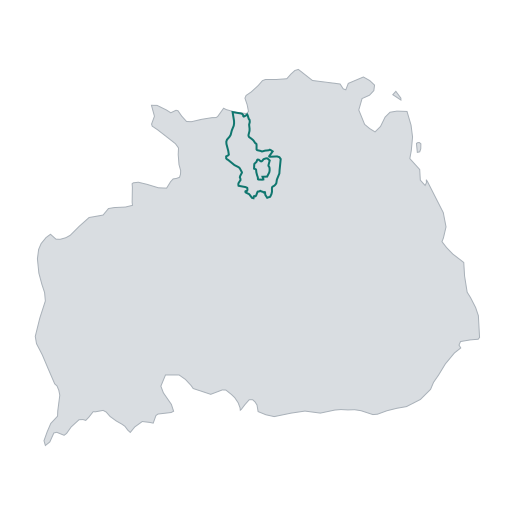 location of Kândal within Cambodia, rotated 179°
{"feature_id": "KHM-1786", "entity_name": "Kândal", "entity_type": "Province", "adm_level": 1, "iso_a3": "KHM", "parent_name": "Cambodia", "parent_adm1": "", "projection": "albers", "projection_center": [104.96, 11.392], "detail": "fine", "context": "in_parent", "style": "outline", "palette": "teal", "viewbox_px": 512, "rotation_deg": 179, "n_neighbors": 0, "source": "natural_earth", "source_scale": "10m", "svg_char_len": 5278}
<svg xmlns="http://www.w3.org/2000/svg" viewBox="0 0 512 512"><g transform="rotate(179 256 256)"><path d="M469.9,70.2L471.2,75.0L467.8,84.0L464.1,92.2L457.2,99.3L456.9,104.6L454.6,120.2L455.5,125.2L457.2,129.5L459.5,131.7L465.8,147.0L471.4,160.9L477.0,172.2L478.1,179.5L473.2,197.8L467.4,214.7L468.0,223.1L470.6,231.5L473.4,242.7L474.6,257.0L473.2,266.4L470.6,272.2L465.5,278.2L461.1,281.3L455.7,276.3L451.5,276.1L445.8,277.6L441.3,280.0L432.2,288.8L422.2,297.4L408.2,299.6L402.7,306.0L396.9,306.9L385.8,307.2L378.6,308.8L378.9,311.9L378.4,326.9L378.6,330.4L377.4,331.3L372.4,331.8L363.9,329.6L352.4,325.9L344.2,325.4L340.0,331.9L337.5,334.5L334.4,334.9L331.1,336.0L330.1,338.9L329.8,342.6L331.4,348.8L332.0,358.7L331.6,365.4L334.6,369.7L352.3,384.0L357.5,387.6L358.1,389.7L355.1,397.5L357.9,408.5L352.3,408.3L343.1,403.6L338.7,400.7L333.4,403.1L331.5,402.6L327.9,397.2L323.1,391.7L318.3,391.4L308.0,393.6L297.5,395.1L293.5,395.1L291.9,396.1L285.8,404.3L283.2,402.9L272.7,399.8L263.0,398.6L261.0,400.7L262.2,407.4L264.3,414.0L263.1,416.7L257.8,420.2L250.8,426.4L246.5,431.2L243.5,432.3L232.8,432.1L222.1,432.7L217.9,437.3L213.9,440.8L210.4,441.8L196.5,430.5L168.9,426.5L165.9,421.6L163.3,420.6L160.7,427.0L145.5,433.1L139.2,429.4L134.5,424.8L135.3,419.3L139.7,414.8L147.2,411.6L150.7,400.2L145.1,385.7L140.1,381.4L134.8,378.0L129.2,383.4L124.5,392.6L119.5,397.4L112.6,398.4L102.5,397.9L98.7,384.1L97.4,372.2L98.9,358.7L100.5,350.7L90.8,339.6L90.4,329.0L85.7,323.6L84.3,326.3L84.4,329.3L83.1,327.1L68.0,296.1L65.5,281.8L68.3,270.8L69.8,267.1L65.5,261.3L59.3,254.6L48.4,245.9L47.8,232.2L45.5,216.1L42.2,210.6L37.3,200.6L34.7,192.4L33.9,170.7L35.3,168.9L43.1,168.4L53.0,166.9L54.6,163.4L52.9,160.5L59.3,155.6L68.5,144.9L75.6,133.7L80.7,126.6L83.8,119.6L94.1,109.7L108.2,102.8L117.8,101.3L127.8,99.0L137.3,95.7L141.9,95.4L153.7,99.5L160.1,100.6L166.8,100.5L173.8,101.0L179.9,100.6L194.4,97.8L209.8,100.1L223.6,98.3L240.6,95.1L248.9,97.1L256.6,100.4L257.6,107.0L259.4,110.0L261.9,112.4L265.3,112.4L269.6,107.7L273.3,103.0L274.4,102.1L274.6,104.5L276.4,109.6L279.7,114.7L283.0,118.0L288.5,122.5L292.0,122.7L303.7,118.5L321.1,124.6L323.2,127.7L328.8,133.9L335.0,138.4L348.6,138.6L353.4,127.5L351.0,120.8L343.2,109.1L341.1,102.2L343.6,101.0L356.7,99.7L358.8,98.3L361.7,90.7L365.3,91.5L372.6,92.5L380.2,87.2L384.8,81.8L387.3,84.2L390.0,88.0L393.0,90.2L398.6,93.5L404.7,98.1L408.5,102.6L411.6,104.3L419.4,103.0L421.5,103.2L426.0,97.7L429.1,94.6L431.8,95.5L435.8,95.4L443.8,88.3L448.5,81.9L451.0,80.1L458.3,83.2L461.2,82.6L465.4,73.7L469.9,70.2ZM93.6,365.8L92.1,366.6L90.7,366.6L89.2,365.3L89.4,360.3L90.5,357.3L92.9,356.8L93.6,365.8ZM116.4,414.9L113.3,418.2L108.4,411.3L108.4,409.4L116.4,414.9Z" fill="#d9dde1" stroke="#a8b0b8" stroke-width="1"/><path d="M276.9,400.3L268.6,398.8L267.4,398.4L266.4,397.1L266.2,395.9L265.7,395.6L263.9,396.5L262.8,397.3L262.4,397.7L262.0,397.0L261.9,396.8L261.8,396.5L261.0,393.7L260.8,393.1L260.5,392.7L260.3,392.6L260.1,392.3L260.0,391.9L259.9,390.1L260.6,387.4L260.2,383.3L260.3,381.2L261.4,377.1L261.4,376.3L260.8,375.0L259.1,373.8L257.5,372.5L256.5,371.5L254.8,368.9L254.3,368.6L253.9,368.3L253.7,368.1L253.6,367.8L253.5,366.5L253.6,362.6L253.3,362.1L253.1,361.9L252.6,361.7L249.6,361.0L249.1,360.8L248.9,360.7L248.6,360.5L248.2,360.5L247.7,360.5L245.1,361.2L242.5,361.4L241.4,361.5L240.6,361.9L240.5,362.0L239.7,361.8L237.5,360.3L241.1,355.5L240.9,355.1L239.9,355.0L233.2,355.2L230.9,354.4L229.6,352.5L230.9,341.7L231.2,338.1L233.8,332.0L234.4,328.5L234.7,328.0L235.0,327.5L235.8,326.6L236.6,325.9L237.4,325.5L237.9,325.2L238.3,324.9L238.7,324.5L238.9,323.4L238.9,319.9L239.5,317.6L240.7,315.2L241.1,314.8L242.4,314.5L243.8,314.0L245.6,316.9L245.8,318.4L245.8,319.1L245.9,319.5L246.1,319.8L246.6,319.7L246.8,319.6L246.9,319.4L247.1,319.3L247.3,319.4L247.8,319.9L248.1,320.1L249.7,320.5L250.2,321.0L250.6,321.1L251.0,320.9L251.7,320.5L252.1,320.4L252.5,320.4L252.8,320.5L253.2,320.3L253.5,319.8L254.8,316.5L255.1,316.1L255.5,315.7L256.1,315.7L256.3,315.8L256.7,316.0L257.1,315.7L257.5,313.8L259.0,314.2L261.7,317.9L264.8,319.5L265.1,319.7L265.4,320.0L265.5,320.5L265.4,320.9L265.0,321.1L264.3,321.1L264.0,321.2L263.7,321.4L263.6,321.7L263.5,322.0L263.4,322.4L263.5,323.9L263.6,324.3L265.3,325.1L272.2,326.5L272.4,327.3L272.4,327.6L272.4,328.3L272.3,328.8L272.0,329.5L270.6,331.6L270.4,331.8L270.2,332.1L270.2,332.5L270.2,333.3L270.4,334.0L270.7,334.7L270.8,335.0L270.4,336.3L268.6,339.6L268.8,340.4L269.1,340.9L270.7,344.0L271.2,344.5L271.7,345.0L276.0,347.3L282.1,352.5L283.3,353.2L284.1,354.1L284.1,356.1L282.1,357.1L281.4,357.8L281.9,361.5L283.6,368.5L283.7,370.8L283.0,372.8L280.3,375.8L279.2,377.6L278.0,382.0L276.0,386.6L275.6,389.0L275.6,391.4L276.9,400.3ZM252.7,352.4L252.9,352.3L253.1,352.1L253.9,350.1L254.9,349.2L256.0,348.2L256.2,347.1L256.4,343.4L254.7,342.7L254.4,342.2L254.2,339.7L253.6,337.1L252.8,334.6L252.7,332.8L252.4,332.5L252.0,332.4L248.3,332.2L247.3,332.4L247.3,332.7L247.3,333.1L247.7,333.9L248.1,335.1L243.5,335.2L241.3,339.3L240.9,341.1L240.9,343.3L241.0,344.0L241.1,344.6L241.7,345.4L242.0,346.0L241.9,346.8L240.6,351.3L242.9,353.4L243.5,353.5L244.4,353.4L246.1,352.9L246.6,352.7L247.0,352.4L248.0,351.1L248.7,350.6L249.2,350.5L249.8,350.7L251.5,352.2L252.7,352.4Z" fill="none" stroke="#0f766e" stroke-width="2"/></g></svg>